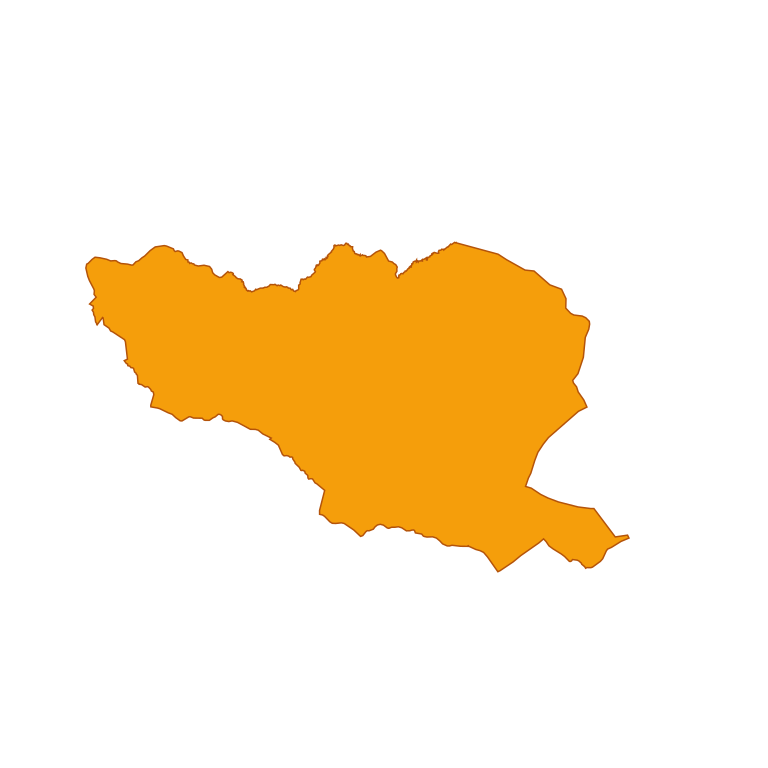 Ogan Komering Ulu, Sumatera Selatan, Indonesia, rotated 235°
{"feature_id": "22746128B55651065226017", "entity_name": "Ogan Komering Ulu", "entity_type": "district", "adm_level": 2, "iso_a3": "IDN", "parent_name": "Indonesia", "parent_adm1": "Sumatera Selatan", "projection": "orthographic", "projection_center": [104.188, -4.111], "detail": "fine", "context": "isolated", "style": "filled", "palette": "amber", "viewbox_px": 768, "rotation_deg": 235, "n_neighbors": 0, "source": "geoboundaries", "source_scale": "gbopen_adm2", "svg_char_len": 6159}
<svg xmlns="http://www.w3.org/2000/svg" viewBox="0 0 768 768"><g transform="rotate(235 384 384)"><path d="M117.3,496.3L120.5,496.8L126.1,485.7L161.6,484.5L163.5,481.8L172.1,472.3L187.5,459.1L196.6,452.9L203.7,449.0L214.2,444.9L218.9,441.2L224.1,448.3L226.7,453.1L235.0,463.8L239.8,470.9L243.4,480.0L245.8,488.0L250.1,527.6L248.7,537.0L256.3,538.5L266.1,538.5L271.2,540.1L276.1,539.8L278.7,540.6L281.2,548.8L291.5,562.6L306.7,575.6L311.4,583.1L315.1,586.8L317.6,588.1L322.5,587.3L326.0,585.3L331.6,579.1L334.9,577.4L341.9,576.4L349.5,582.0L359.8,583.8L370.1,576.7L390.5,571.7L396.4,564.9L415.5,555.7L424.9,551.9L458.0,524.3L458.5,524.3L458.6,523.5L459.5,523.1L459.5,519.4L460.4,518.9L459.5,514.8L459.9,514.5L459.5,510.0L460.1,510.3L460.4,509.4L461.3,508.7L461.0,507.3L461.9,505.8L461.4,504.7L459.8,503.8L460.7,502.4L463.0,500.6L462.5,498.4L463.2,498.9L463.3,498.0L462.3,496.8L462.5,495.0L461.9,494.5L462.5,492.5L460.8,490.4L461.3,489.9L463.1,491.3L463.2,488.0L464.0,487.3L464.0,486.6L462.7,486.0L462.9,485.7L463.7,485.8L464.0,484.1L464.8,483.2L464.2,481.9L465.6,482.0L465.3,480.6L466.9,481.7L466.3,480.3L467.0,479.6L467.2,477.9L466.0,476.4L466.5,475.8L465.2,474.5L465.2,473.8L464.2,473.4L464.7,472.4L465.3,472.7L465.1,471.4L464.4,471.1L464.6,469.5L463.7,467.1L464.4,466.2L463.8,465.2L464.0,464.4L463.4,462.7L464.3,462.1L464.7,461.0L464.2,460.0L464.6,458.6L462.6,457.0L463.1,455.8L464.0,455.6L466.8,456.0L467.9,456.8L468.9,459.2L471.2,460.7L472.2,461.9L475.1,462.1L476.9,461.2L479.1,460.8L482.1,458.3L490.7,459.3L494.5,458.5L495.6,457.9L496.6,453.1L496.3,446.1L498.1,442.5L499.3,442.7L500.2,442.1L501.3,440.6L502.1,440.5L502.5,438.1L503.7,438.7L503.4,437.7L505.3,436.9L505.3,436.3L506.5,436.0L507.0,435.3L507.8,435.0L509.6,435.6L510.5,435.1L513.0,435.8L514.4,437.0L515.8,435.3L516.7,435.5L517.4,434.9L519.1,435.0L519.3,434.2L520.6,434.2L521.2,433.4L520.4,431.3L520.7,430.2L522.6,428.7L522.9,427.2L523.8,426.6L524.9,423.6L525.7,423.7L526.2,423.1L526.0,422.3L524.5,421.4L523.5,419.7L522.8,416.9L522.3,416.7L521.9,412.4L521.3,411.0L520.5,411.1L520.3,410.1L520.7,409.4L519.8,409.6L519.8,407.3L520.6,407.4L520.6,406.8L520.0,406.6L520.7,406.1L520.6,405.7L521.4,405.6L521.5,405.1L520.6,403.9L521.4,401.9L519.9,400.9L518.8,398.3L519.3,398.0L519.3,397.5L520.0,397.5L520.1,396.5L519.2,396.3L519.1,395.4L518.2,394.2L517.9,392.7L516.8,392.2L515.6,392.4L515.1,391.7L514.6,387.1L513.8,385.8L514.6,383.5L515.5,382.6L514.8,379.9L515.6,379.1L515.8,377.6L516.5,377.6L517.4,376.2L515.1,373.3L514.5,373.1L513.9,372.2L513.9,370.8L510.7,368.6L510.4,367.5L510.9,365.4L510.5,364.5L512.1,363.3L513.9,363.5L514.4,362.1L516.3,362.1L517.5,360.6L518.4,360.6L519.7,359.7L520.0,358.7L521.6,357.3L524.3,356.2L524.3,355.1L525.8,354.0L525.8,352.8L528.2,351.9L528.4,350.9L530.7,347.9L530.2,346.3L530.5,343.4L531.6,341.9L531.9,340.0L533.5,337.6L534.3,333.7L535.2,333.3L534.6,331.4L535.4,328.4L537.0,327.9L537.1,327.3L538.2,326.6L538.0,326.0L538.3,325.7L538.6,326.0L539.7,325.2L541.4,325.8L542.3,325.7L542.3,325.4L543.3,325.2L543.2,325.7L546.1,326.0L546.3,326.4L548.4,327.3L549.3,326.3L549.5,326.9L551.0,327.3L551.7,326.6L552.3,326.7L554.0,324.7L556.3,323.8L556.9,324.0L560.3,322.9L560.5,323.7L561.1,323.9L562.4,323.4L563.5,322.5L564.1,320.9L565.6,320.6L564.6,312.3L565.7,310.2L570.6,307.9L573.5,307.5L576.8,308.7L580.3,308.5L584.5,304.7L587.2,299.5L590.2,297.0L591.5,297.1L592.3,296.1L593.9,295.4L594.2,294.0L595.7,294.2L596.5,293.4L598.1,294.5L599.8,293.0L604.0,293.2L607.5,293.9L610.6,292.2L611.5,291.2L612.3,288.9L613.6,288.6L615.5,289.0L621.7,285.0L623.4,283.4L627.5,275.2L627.4,269.0L626.1,261.4L626.2,258.1L625.7,253.8L626.4,250.8L625.5,246.6L626.1,245.5L629.3,242.7L633.6,237.6L637.0,235.7L638.2,235.5L639.4,234.4L641.6,230.7L645.2,228.4L650.3,223.7L653.6,220.0L653.5,216.2L652.5,210.9L652.7,209.2L650.0,206.3L642.1,203.1L637.6,202.0L628.3,200.8L626.6,200.3L623.7,197.9L620.2,198.0L618.4,188.7L614.6,190.5L612.5,189.3L612.0,187.3L609.5,187.2L607.3,186.0L604.8,185.7L600.3,183.4L598.2,183.3L597.7,182.9L597.0,182.9L599.9,191.6L599.2,191.8L593.2,188.7L587.5,190.8L584.2,190.5L582.4,191.6L569.1,196.9L566.9,196.4L551.5,188.1L552.1,184.6L548.6,184.7L547.5,185.4L545.9,184.7L544.5,186.0L542.5,186.1L541.6,187.3L540.4,187.8L536.9,186.6L534.8,187.1L534.1,186.7L532.6,187.0L525.7,182.9L524.9,183.5L524.3,183.2L522.7,185.0L518.5,186.6L517.6,188.6L516.7,189.3L513.3,189.8L511.8,189.4L509.7,190.4L507.3,189.3L500.4,180.8L499.0,179.9L494.2,184.7L492.3,186.2L484.2,190.7L480.7,193.1L475.9,194.1L470.8,195.9L470.2,196.6L469.6,197.4L469.0,205.5L468.2,206.6L465.3,208.5L460.3,215.4L457.8,215.9L456.9,216.6L454.4,220.1L454.4,224.4L453.9,227.0L454.3,230.8L453.3,232.1L451.7,232.9L450.0,233.0L448.0,231.7L446.8,231.8L444.7,232.9L442.2,235.4L440.9,238.4L436.6,242.0L423.6,248.5L420.6,252.6L418.3,254.5L412.6,256.1L404.4,260.6L404.2,258.7L399.0,261.0L394.5,262.4L384.5,260.4L382.5,260.9L381.2,263.2L379.8,264.5L378.1,265.0L377.2,266.5L376.3,267.0L375.0,266.3L371.1,266.2L369.9,265.7L364.4,266.8L360.9,266.4L360.2,267.1L360.0,267.9L358.0,269.0L356.1,268.3L352.9,269.1L350.6,267.8L349.3,267.8L348.4,269.8L347.2,271.0L342.6,270.8L340.8,271.7L330.9,274.4L317.4,258.7L314.2,256.5L312.0,258.5L309.7,259.4L302.2,260.6L299.6,261.7L297.5,264.4L294.7,269.5L292.6,271.4L281.8,275.5L272.6,277.4L272.0,279.7L273.4,284.4L273.5,286.1L272.3,287.6L271.2,292.0L272.1,294.7L272.3,297.8L271.2,300.5L268.7,302.6L264.2,304.1L263.0,305.2L262.3,308.1L260.4,310.8L258.8,313.9L256.0,316.1L250.9,318.1L248.9,321.1L248.4,322.9L247.4,324.6L246.3,324.9L244.0,324.3L239.5,328.8L236.8,329.0L235.8,329.7L234.0,331.4L230.9,336.2L227.7,338.6L223.6,339.7L219.4,340.3L215.1,342.9L213.8,344.7L212.9,347.2L207.2,353.6L202.6,360.0L203.9,360.6L202.6,360.0L202.1,360.6L195.8,364.3L192.4,367.1L188.9,369.0L183.0,369.6L164.9,369.6L164.5,372.1L164.2,387.7L165.0,397.6L165.0,419.6L165.6,425.9L161.9,426.4L156.8,426.3L152.0,427.9L142.9,431.8L139.1,433.0L132.4,434.1L131.7,434.9L131.5,436.1L132.1,437.7L128.9,441.2L127.4,442.1L124.0,442.9L123.0,442.6L119.2,443.6L117.4,443.5L117.3,444.8L114.9,448.1L114.4,449.8L114.6,459.5L115.4,462.9L119.8,470.4L120.5,472.5L119.7,476.7L119.1,487.9L117.3,496.3Z" fill="#f59e0b" stroke="#b45309" stroke-width="1.5"/></g></svg>